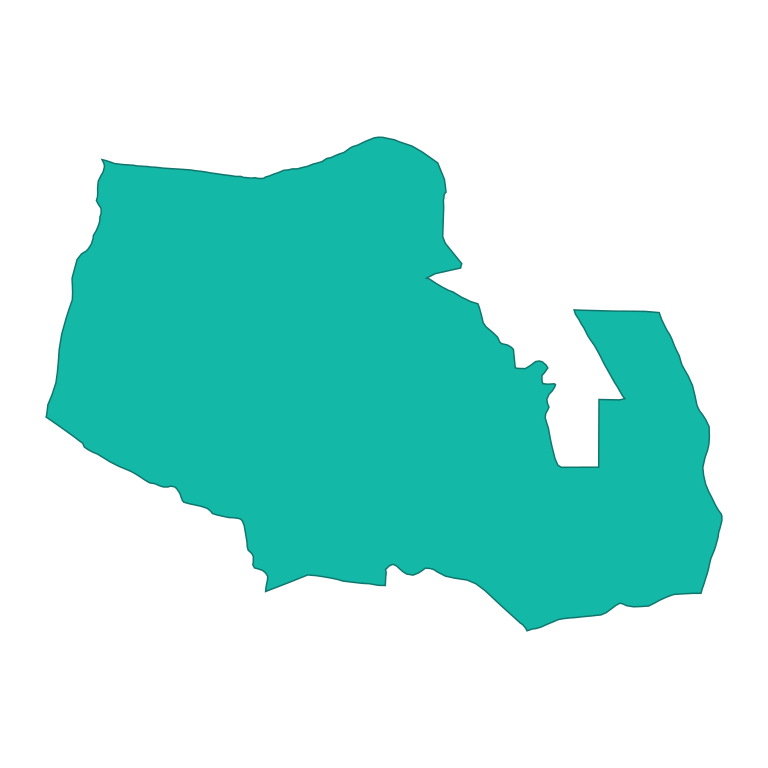 Kampong Siem, Kâmpóng Cham, Cambodia (Robinson projection), rotated 270°
{"feature_id": "14789045B55326274387171", "entity_name": "Kampong Siem", "entity_type": "district", "adm_level": 2, "iso_a3": "KHM", "parent_name": "Cambodia", "parent_adm1": "Kâmpóng Cham", "projection": "robinson", "projection_center": [105.438, 12.055], "detail": "fine", "context": "isolated", "style": "filled", "palette": "teal", "viewbox_px": 768, "rotation_deg": 270, "n_neighbors": 0, "source": "geoboundaries", "source_scale": "gbopen_adm2", "svg_char_len": 5045}
<svg xmlns="http://www.w3.org/2000/svg" viewBox="0 0 768 768"><g transform="rotate(270 384 384)"><path d="M176.5,265.6L185.3,288.4L193.1,307.9L192.7,311.8L192.4,315.9L191.2,323.8L190.0,330.7L188.6,337.5L187.0,342.6L185.8,352.3L184.6,362.9L184.3,369.3L182.7,378.2L182.5,385.3L190.6,385.7L195.4,386.2L198.7,385.5L199.6,386.7L202.2,389.3L203.7,393.1L202.6,395.3L201.9,396.8L199.3,399.5L196.2,403.1L194.0,406.6L192.9,413.0L194.8,418.0L197.3,421.9L199.9,425.4L199.5,430.1L198.6,433.5L196.1,437.3L191.9,445.4L189.9,454.4L188.0,467.0L184.3,475.8L177.6,484.8L160.9,502.7L146.5,518.7L145.0,520.2L143.3,522.8L139.8,525.7L137.2,527.0L137.9,529.2L139.0,532.2L139.4,535.7L140.8,540.7L143.5,546.7L146.1,552.9L148.4,558.3L149.3,562.9L150.0,569.0L150.5,575.8L151.4,583.8L152.1,591.8L152.5,595.1L153.1,601.0L155.4,606.3L159.7,612.0L162.8,616.2L164.8,620.0L164.1,622.8L162.3,626.7L161.2,633.6L161.5,641.5L162.0,648.7L164.9,654.5L167.5,659.1L170.3,665.1L172.7,671.1L173.6,674.2L174.1,681.5L174.4,687.7L174.7,693.3L174.7,697.4L174.7,701.0L178.8,702.1L184.5,704.1L189.8,705.7L195.6,707.6L199.2,708.5L201.5,709.0L203.2,709.3L209.6,710.9L214.4,712.9L218.8,714.7L223.9,716.2L230.1,717.9L235.5,718.7L239.9,720.0L247.4,721.9L251.9,721.9L254.0,721.2L258.4,718.0L263.4,715.2L269.7,712.2L276.0,708.9L283.6,705.7L292.8,703.6L300.4,702.8L310.4,705.0L315.3,706.7L317.5,707.5L323.2,708.8L330.8,709.4L341.3,709.1L348.4,705.7L353.1,702.7L357.1,699.6L362.4,697.0L372.6,694.9L382.7,692.4L392.0,688.2L398.4,684.5L403.0,682.0L407.3,680.6L412.1,679.3L417.2,676.7L422.8,674.2L428.8,671.9L433.3,669.8L437.6,667.0L443.1,664.2L448.6,661.6L452.2,660.3L455.4,659.2L456.6,645.3L456.8,630.5L456.9,614.3L457.4,596.1L457.8,580.5L458.1,574.1L453.7,575.5L448.2,579.1L444.0,581.3L439.9,584.0L438.4,584.7L436.7,585.6L432.2,587.8L427.5,590.9L422.4,594.5L417.1,597.5L412.1,600.2L404.4,604.0L397.8,607.7L386.0,614.3L380.8,617.6L372.4,622.4L369.3,624.8L368.1,619.4L368.5,599.0L300.8,598.7L300.7,561.3L302.8,557.9L309.3,555.0L315.8,553.4L321.7,551.9L328.8,550.4L334.7,549.3L339.8,548.4L344.4,546.9L350.2,545.2L354.4,545.7L358.2,547.8L360.9,549.0L364.1,547.6L368.6,546.8L373.7,549.0L377.2,552.3L380.8,554.6L383.3,555.5L384.2,554.5L383.8,547.8L384.3,542.9L387.4,542.0L392.4,541.9L395.1,544.3L400.0,547.8L402.8,546.2L406.1,542.4L407.0,539.4L406.4,535.5L402.9,531.0L400.5,527.2L399.4,525.2L399.6,518.1L400.1,515.3L402.6,515.0L418.6,513.4L420.6,511.5L422.9,507.7L423.5,505.3L424.3,501.8L425.9,499.8L430.8,497.6L435.4,492.9L441.2,486.0L445.3,483.2L452.8,481.4L460.5,479.3L462.4,478.6L464.2,477.9L466.5,470.4L469.1,465.2L470.8,461.5L473.5,457.1L476.0,453.1L477.8,448.2L481.1,441.9L485.2,435.1L489.1,429.3L489.9,426.6L494.3,435.1L500.0,460.6L504.4,461.7L524.7,445.3L531.3,442.7L560.9,443.7L567.3,443.4L571.3,444.0L573.5,444.2L574.6,444.8L575.7,446.0L581.7,445.4L588.7,444.4L605.1,437.7L615.9,422.4L621.9,412.1L626.3,399.0L628.2,394.5L629.3,389.0L630.6,383.1L630.8,378.6L630.2,374.3L628.6,370.4L627.2,366.7L625.5,363.0L622.9,357.7L621.3,352.5L620.0,350.1L617.7,347.0L615.5,343.9L614.0,339.2L612.2,334.9L610.4,331.0L609.5,326.7L606.4,322.0L604.9,317.1L603.9,313.0L601.7,307.6L600.6,302.7L599.1,297.2L599.1,292.3L598.1,288.2L597.7,283.7L595.3,278.1L594.2,274.6L591.9,268.9L591.1,265.8L589.7,263.6L589.5,261.1L589.7,257.4L590.3,255.2L589.9,251.5L590.5,245.1L590.6,243.3L591.6,240.8L591.6,235.6L592.1,232.4L592.4,230.5L592.8,227.3L593.3,223.1L594.3,216.3L595.1,210.6L596.0,205.7L596.6,201.8L597.1,196.9L598.0,190.8L598.2,188.7L598.5,184.4L598.9,178.7L599.2,173.3L599.4,170.5L599.6,167.5L599.9,162.8L600.4,159.0L600.8,155.2L600.9,151.5L601.5,147.4L601.6,144.6L601.9,140.2L602.0,137.4L602.7,133.9L603.0,129.7L603.2,127.0L603.3,124.6L603.6,121.3L603.9,118.9L604.2,116.8L604.4,114.7L605.5,111.7L606.4,109.1L607.5,105.6L608.4,102.0L604.7,103.9L601.5,104.5L596.0,103.1L592.2,100.9L586.9,98.3L582.5,97.8L579.2,97.6L575.3,97.7L571.1,97.5L567.5,96.4L563.8,98.3L559.6,101.1L554.5,101.1L551.3,100.0L547.6,99.8L544.5,99.1L541.5,98.0L537.6,96.4L532.6,93.4L529.6,93.1L524.3,91.5L521.3,89.7L519.3,88.4L516.7,86.0L515.6,83.8L514.1,81.5L508.5,77.1L504.0,75.9L497.1,74.0L489.9,72.1L488.2,72.1L482.5,72.4L474.8,72.6L468.1,72.3L460.5,69.6L450.0,66.2L433.8,61.7L418.4,59.2L405.6,58.3L395.0,57.3L385.1,55.9L372.9,51.9L363.3,47.9L353.3,46.7L351.0,46.1L341.2,60.2L331.2,74.1L326.8,79.8L324.9,82.6L320.9,84.4L318.3,88.2L315.9,92.7L314.1,97.1L310.9,102.4L306.2,110.0L303.9,114.5L301.4,119.5L299.3,124.7L296.6,131.0L294.2,135.4L290.6,141.0L288.1,144.7L285.2,149.5L284.3,154.9L282.3,159.4L281.0,163.6L281.0,167.8L281.9,170.8L281.0,175.0L279.4,176.6L277.0,178.3L274.6,179.9L270.9,181.1L267.5,182.4L265.8,183.8L264.3,189.1L263.2,194.3L261.7,201.1L259.7,207.1L257.2,210.3L254.5,212.4L253.2,216.5L252.0,221.6L250.4,229.1L250.3,233.2L249.6,238.5L248.9,240.5L247.2,242.3L242.4,244.2L233.8,245.7L225.9,247.0L221.1,247.3L217.8,248.2L214.5,251.8L211.6,253.3L206.2,253.3L203.2,252.8L200.1,254.5L199.1,258.2L197.6,262.5L195.2,265.5L191.7,267.7L188.1,267.5L182.9,266.4L179.1,265.8L176.5,265.6Z" fill="#14b8a6" stroke="#0f766e" stroke-width="1.5"/></g></svg>